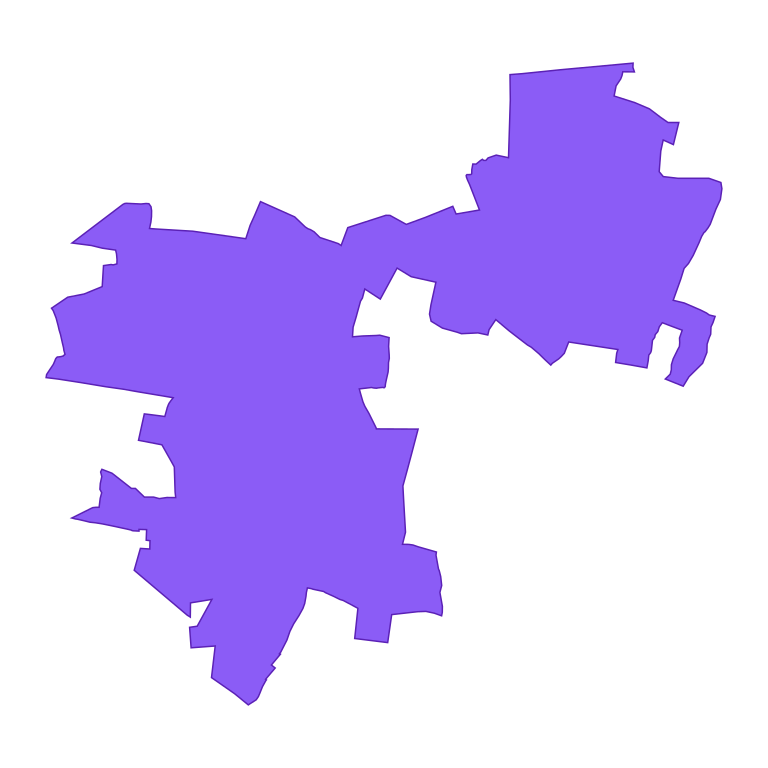 Dzán, Yucatán, Mexico
{"feature_id": "50627088B52213754253598", "entity_name": "Dzán", "entity_type": "district", "adm_level": 2, "iso_a3": "MEX", "parent_name": "Mexico", "parent_adm1": "Yucatán", "projection": "albers", "projection_center": [-89.447, 20.397], "detail": "fine", "context": "isolated", "style": "filled", "palette": "violet", "viewbox_px": 768, "rotation_deg": 0, "n_neighbors": 0, "source": "geoboundaries", "source_scale": "gbopen_adm2", "svg_char_len": 4806}
<svg xmlns="http://www.w3.org/2000/svg" viewBox="0 0 768 768"><path d="M678.8,122.5L668.0,122.5L660.3,117.1L649.5,108.9L635.0,102.7L614.1,96.0L616.1,85.9L620.7,79.0L622.0,75.6L622.8,71.8L634.4,71.9L632.9,67.3L633.1,63.1L561.0,69.7L521.8,73.7L510.0,74.6L510.3,100.0L508.5,157.7L496.2,155.1L488.1,157.9L485.9,160.4L483.6,160.4L482.4,159.3L480.5,160.5L476.1,164.1L472.8,164.0L471.8,169.7L471.7,173.8L470.9,174.5L469.0,174.6L466.9,174.6L466.2,175.4L466.4,177.0L467.6,180.2L469.4,184.1L469.7,184.8L479.5,210.0L456.1,214.0L452.8,206.3L425.6,217.3L406.3,224.4L390.0,215.4L385.9,215.3L347.8,227.6L341.1,245.5L338.3,243.6L319.9,237.5L314.1,231.8L310.4,229.6L308.1,228.8L305.3,227.0L294.7,216.9L260.5,201.6L254.8,215.0L250.1,225.4L245.8,238.7L192.8,231.2L156.1,229.0L149.5,228.5L150.9,222.0L151.5,216.6L151.6,210.7L151.0,206.7L148.9,203.7L146.0,203.5L141.0,204.0L126.3,203.3L124.7,203.5L122.9,204.4L122.5,204.7L103.2,219.3L72.0,243.0L91.4,245.5L102.4,248.2L115.6,250.1L116.5,253.8L117.0,259.5L116.9,263.9L113.1,264.9L111.1,264.5L108.4,264.9L103.5,265.6L102.2,286.6L84.1,294.0L67.7,297.2L51.5,308.2L53.2,310.6L56.1,318.0L58.1,325.5L59.1,329.9L60.5,334.5L62.4,343.0L63.5,347.6L63.9,350.4L64.7,353.3L65.0,354.4L64.2,355.1L63.5,355.5L63.4,355.9L62.1,356.3L60.9,356.6L58.7,356.9L57.3,357.0L56.5,357.7L55.6,358.9L54.8,361.0L53.3,364.4L51.5,367.1L49.8,369.6L46.6,374.5L46.1,377.6L58.4,379.1L80.3,382.5L105.6,386.7L123.3,389.2L138.0,391.8L153.0,394.3L173.2,397.7L170.8,400.8L169.1,403.2L168.4,404.6L167.8,406.2L167.2,407.7L166.9,409.0L164.8,416.5L158.9,415.7L148.7,414.4L144.3,413.9L138.5,440.3L161.9,444.8L170.7,460.4L174.3,466.9L175.1,492.0L175.7,497.6L166.9,497.5L159.3,498.6L153.7,497.1L144.4,497.1L135.4,488.4L131.4,488.4L123.0,481.8L112.0,473.2L101.9,469.3L100.6,472.0L101.1,473.8L101.8,476.6L101.3,478.9L100.3,483.4L99.9,489.3L101.7,492.7L100.2,498.3L99.1,507.3L95.8,507.3L92.8,507.6L91.3,508.3L71.8,518.0L75.6,519.0L77.3,519.2L84.3,520.8L89.9,522.2L95.6,522.8L102.4,523.9L109.3,525.3L116.0,526.7L123.3,528.3L127.1,529.1L130.9,530.0L132.1,530.6L133.2,530.8L139.0,531.1L139.0,529.4L146.6,529.6L146.2,540.2L150.0,540.7L149.8,549.0L140.4,548.4L134.2,570.3L187.5,615.4L187.7,615.5L188.3,615.8L190.3,617.1L190.3,616.9L190.3,616.7L190.4,610.9L190.4,610.7L190.4,610.4L190.5,602.9L194.6,602.2L194.8,602.2L211.9,599.4L198.6,623.6L197.2,626.2L189.6,627.3L191.1,647.8L215.2,646.0L211.5,677.6L234.6,693.7L248.3,704.9L248.8,704.6L249.0,704.4L256.2,699.8L258.4,696.6L260.0,692.8L262.5,686.6L266.0,680.3L266.4,679.9L265.6,679.3L275.2,668.0L271.4,665.0L280.4,654.2L279.4,653.8L280.7,652.2L286.9,640.1L289.9,631.4L293.7,623.8L298.9,615.7L302.9,608.5L304.7,603.5L306.0,596.3L306.4,592.4L307.1,589.3L307.4,587.9L309.0,588.2L311.5,588.7L312.9,589.2L323.7,591.5L325.5,592.7L333.3,596.2L340.0,599.5L343.3,600.5L357.9,608.3L354.7,638.5L387.7,642.6L391.7,614.6L417.6,611.7L425.9,611.4L434.3,613.2L441.6,615.8L442.3,612.3L442.4,606.4L439.9,592.4L441.7,585.5L440.7,576.5L439.2,570.5L438.5,569.0L436.0,555.2L436.4,552.0L427.3,549.4L418.2,546.8L413.0,545.0L408.8,544.4L402.5,544.3L405.5,532.2L403.7,500.9L402.9,485.9L403.3,484.5L407.1,470.6L411.6,453.8L418.1,429.1L376.3,428.9L376.1,427.8L369.0,413.5L364.8,406.2L362.9,401.7L360.5,393.4L359.3,388.9L371.5,387.5L373.8,388.0L376.6,388.2L378.0,387.9L380.7,387.6L383.1,387.4L384.0,387.8L384.6,387.5L385.3,386.3L385.3,385.2L385.6,383.2L386.3,379.9L388.1,372.0L388.4,368.2L388.5,362.6L389.3,358.4L389.2,355.0L388.6,346.4L389.1,337.6L379.8,335.2L376.0,335.5L373.1,335.6L362.4,336.0L352.5,336.8L353.1,327.2L356.5,315.8L356.7,314.9L360.5,301.2L362.4,298.1L364.8,289.0L380.3,299.1L397.1,268.1L411.2,276.7L435.9,282.2L431.1,304.1L431.0,304.5L429.5,314.1L431.1,321.2L442.4,328.1L457.1,332.2L461.4,333.7L478.0,332.9L487.8,335.0L489.1,329.6L495.8,319.6L508.7,330.5L513.2,334.0L523.2,341.7L527.5,345.0L530.9,347.0L531.5,347.4L539.1,353.9L541.3,356.1L545.4,360.1L550.8,365.1L552.3,363.3L558.7,358.9L561.3,356.5L564.3,353.3L568.7,342.0L617.9,349.5L616.7,353.2L615.6,362.5L630.7,365.0L646.9,367.9L648.2,360.8L648.8,355.1L650.6,352.7L651.3,350.8L651.5,349.3L652.5,340.3L654.7,337.4L655.2,334.7L656.5,333.1L657.8,331.6L659.3,326.8L662.3,322.7L670.9,326.0L682.2,330.2L679.5,338.0L679.7,342.6L679.4,346.5L677.5,350.0L676.9,351.3L673.2,358.8L671.4,364.7L671.3,369.9L670.2,374.2L665.3,379.0L683.2,386.2L689.0,376.7L702.6,363.3L706.9,352.4L707.1,344.2L709.2,337.7L710.7,334.3L711.0,326.9L713.0,322.6L715.1,316.4L712.2,315.7L709.3,315.0L706.5,313.0L700.3,309.9L698.2,309.0L684.3,303.0L673.2,300.3L680.8,279.0L684.1,268.4L688.4,263.6L693.2,255.4L699.0,242.8L701.7,236.3L704.0,232.5L705.1,231.7L708.0,227.9L710.2,224.3L715.9,209.2L720.4,199.5L721.9,188.7L720.9,182.5L708.9,178.3L678.1,178.3L663.3,176.6L659.2,171.7L660.8,151.0L663.2,140.0L673.4,144.6L678.8,122.5Z" fill="#8b5cf6" stroke="#5b21b6" stroke-width="1.5"/></svg>